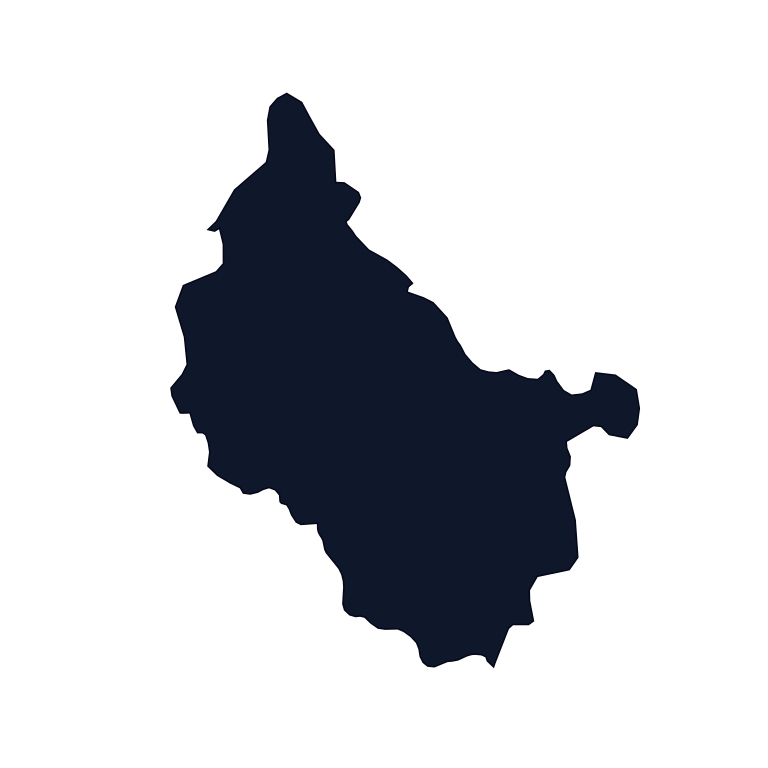 SVG path tracing the border of Lubusz, rotated 319°
{"feature_id": "POL-3143", "entity_name": "Lubusz", "entity_type": "Voivodeship", "adm_level": 1, "iso_a3": "POL", "parent_name": "Poland", "parent_adm1": "", "projection": "mercator", "projection_center": [15.301, 52.253], "detail": "fine", "context": "isolated", "style": "filled", "palette": "ink", "viewbox_px": 768, "rotation_deg": 319, "n_neighbors": 0, "source": "natural_earth", "source_scale": "10m", "svg_char_len": 2102}
<svg xmlns="http://www.w3.org/2000/svg" viewBox="0 0 768 768"><g transform="rotate(319 384 384)"><path d="M281.1,669.4L280.3,660.8L282.0,656.7L279.9,652.2L276.1,648.2L273.0,645.7L268.3,643.5L258.8,640.7L254.1,638.0L249.8,634.9L236.5,630.4L232.0,625.7L231.3,622.2L230.9,619.8L232.5,613.5L236.5,607.2L238.9,600.6L238.6,592.0L236.6,583.6L233.9,577.9L224.0,569.7L219.4,564.3L217.3,555.9L216.5,547.2L213.7,543.4L210.0,540.8L206.7,535.7L206.0,528.7L208.7,523.0L220.4,511.0L224.2,506.0L227.3,500.0L229.0,493.6L229.8,473.4L230.8,470.1L235.3,462.1L236.1,459.0L236.5,455.9L237.2,453.0L238.7,450.1L242.5,445.5L229.2,435.5L227.2,430.7L228.4,422.1L230.6,416.1L231.4,411.3L228.4,406.7L228.4,404.6L232.4,399.3L232.5,392.5L229.3,386.7L223.6,384.2L217.8,382.8L210.9,379.3L206.3,374.1L207.5,368.0L203.3,358.3L198.4,343.7L197.3,330.5L207.8,321.1L212.8,313.3L216.1,305.4L215.2,301.8L211.4,298.4L213.0,290.6L218.7,278.5L212.3,273.3L211.2,272.0L216.2,254.0L220.6,247.3L238.0,244.5L248.3,240.2L264.3,217.6L277.2,189.1L297.2,178.1L331.0,189.3L341.8,187.8L354.4,173.2L362.1,158.5L356.5,157.5L352.5,152.0L364.0,151.4L398.6,139.5L440.6,139.6L450.9,132.1L469.2,108.6L479.9,100.1L491.0,98.6L501.2,100.9L506.6,117.5L502.9,133.6L498.8,153.1L499.5,174.7L479.7,200.2L485.9,206.1L490.3,222.7L488.4,228.0L484.4,230.5L465.1,236.6L462.0,236.3L460.6,239.4L460.4,247.0L459.5,254.1L460.3,272.9L467.5,292.7L470.0,304.4L471.6,316.6L471.6,326.7L466.1,326.6L461.7,329.7L470.4,345.1L474.4,355.0L474.9,375.5L468.3,395.1L467.2,400.0L466.8,405.0L464.4,414.8L464.3,426.0L465.9,436.5L470.7,443.6L476.3,449.4L487.5,455.4L491.1,465.7L495.8,474.3L503.1,481.6L510.7,481.7L514.2,480.2L517.6,482.3L517.9,489.0L516.0,495.3L515.1,506.7L518.1,515.5L526.9,521.6L536.1,524.6L551.1,514.5L564.4,529.2L570.7,553.7L560.7,569.9L548.3,580.8L532.2,584.5L520.8,569.9L520.2,558.6L514.7,552.7L483.8,546.9L479.8,552.4L476.8,561.0L470.7,567.2L463.5,569.6L459.1,572.8L439.0,612.1L416.5,642.0L402.0,645.6L373.4,629.7L358.4,634.9L351.6,643.1L341.3,660.9L335.4,660.4L323.4,650.0L317.5,650.1L284.9,667.2L281.1,669.4Z" fill="#0f172a" stroke="#020617" stroke-width="1.5"/></g></svg>